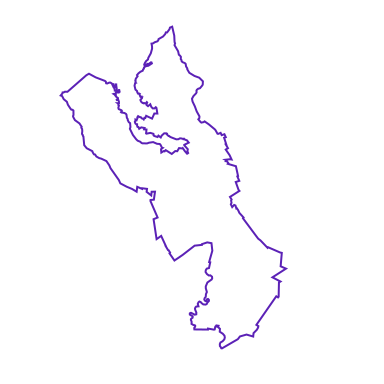 the district of Borosneu Mare, Covasna, Romania, rotated 148°
{"feature_id": "2599482B5225346003684", "entity_name": "Borosneu Mare", "entity_type": "district", "adm_level": 2, "iso_a3": "ROU", "parent_name": "Romania", "parent_adm1": "Covasna", "projection": "orthographic", "projection_center": [26.017, 45.82], "detail": "fine", "context": "isolated", "style": "outline", "palette": "violet", "viewbox_px": 384, "rotation_deg": 148, "n_neighbors": 0, "source": "geoboundaries", "source_scale": "gbopen_adm2", "svg_char_len": 6078}
<svg xmlns="http://www.w3.org/2000/svg" viewBox="0 0 384 384"><g transform="rotate(148 192 192)"><path d="M262.8,74.2L251.4,66.9L250.8,67.7L246.3,63.6L245.6,63.4L243.8,65.3L243.2,65.6L242.6,65.0L241.9,65.8L240.4,64.5L241.5,63.6L240.8,61.2L242.5,58.8L241.0,55.5L240.6,52.9L241.3,51.2L242.7,49.9L245.2,49.2L247.6,49.3L249.0,48.3L250.0,46.5L249.8,45.2L250.0,44.0L249.5,43.5L231.1,42.9L227.9,44.1L221.3,42.2L216.7,37.0L214.6,39.7L210.0,40.8L207.8,42.0L206.8,43.1L207.8,45.2L175.8,58.9L174.9,57.0L174.0,57.3L166.2,69.2L164.4,69.2L169.0,77.0L152.9,77.2L156.2,82.0L148.1,92.8L149.4,94.1L156.8,104.9L157.5,104.6L159.6,114.7L160.6,117.3L160.9,120.6L162.7,142.7L161.8,143.0L162.9,149.2L162.5,152.1L162.6,154.6L163.1,154.6L162.3,157.5L163.1,158.7L165.9,157.9L165.6,161.0L164.2,161.9L163.4,164.0L162.4,164.6L162.4,167.7L151.2,167.8L151.4,169.1L149.6,177.3L146.0,176.4L145.3,181.2L144.5,181.1L141.1,190.6L146.7,196.9L145.9,197.2L146.1,199.6L146.9,200.2L146.1,200.6L146.7,201.7L142.5,199.7L141.2,198.6L140.6,203.3L140.9,210.1L138.3,210.1L138.2,213.8L137.9,213.5L136.0,221.0L134.3,220.6L133.9,223.8L136.7,224.5L136.4,227.0L138.9,227.4L139.5,227.9L139.3,232.1L139.5,233.2L141.9,240.5L143.9,245.2L145.1,245.1L147.3,245.9L147.7,247.1L148.1,250.3L146.6,250.8L145.6,252.2L145.3,257.9L144.2,263.1L143.6,268.4L142.6,271.1L139.9,272.6L136.3,273.5L135.3,274.1L134.5,275.6L133.7,276.1L132.1,276.3L130.2,275.8L126.6,277.0L125.9,277.5L124.1,280.1L125.3,285.1L128.4,289.1L131.1,294.5L131.0,298.5L130.5,299.3L130.5,301.6L129.5,304.0L129.8,305.2L131.2,307.1L131.5,308.3L131.0,309.5L131.1,310.7L129.8,312.5L129.9,314.0L130.4,315.4L129.2,318.7L129.0,325.8L127.5,327.1L127.5,327.9L127.0,329.0L124.2,334.0L121.2,342.7L123.6,343.1L124.8,342.0L128.6,340.5L129.6,341.2L131.1,340.1L134.2,339.2L139.3,339.4L140.3,338.5L141.4,338.1L144.5,338.8L146.0,338.6L147.7,339.3L148.7,336.7L149.9,334.7L153.5,331.4L158.0,328.9L159.1,327.7L161.4,327.4L163.4,326.5L165.0,325.4L165.2,324.5L164.1,324.7L162.9,323.9L162.0,324.4L161.6,324.0L162.0,323.3L159.5,323.7L158.7,323.3L158.2,323.7L157.7,323.4L157.9,322.3L162.1,322.2L164.1,323.0L165.8,323.2L166.9,322.9L167.4,322.1L168.5,321.9L169.5,321.0L172.0,321.3L174.6,321.0L176.7,320.3L176.8,319.0L179.6,317.9L181.1,316.4L181.0,316.0L182.0,314.6L181.9,314.3L182.6,314.4L184.4,312.6L185.7,308.8L185.1,306.8L185.6,305.4L185.6,304.0L184.8,303.7L184.4,303.0L184.8,302.9L185.2,300.3L184.9,300.1L185.2,300.0L184.8,299.0L184.1,298.7L184.7,298.1L187.0,297.4L187.3,295.6L186.8,293.8L186.0,292.8L185.5,292.9L184.5,291.6L182.7,292.2L182.6,291.6L183.8,290.8L184.4,289.8L183.8,288.1L180.9,288.5L181.4,285.9L181.0,283.7L179.5,282.8L177.8,283.1L177.6,282.1L179.8,276.9L182.4,278.5L187.0,275.4L190.5,280.9L192.4,279.5L193.0,280.1L194.5,279.1L194.7,280.0L195.6,281.1L195.8,282.6L196.7,283.3L197.5,284.9L198.8,284.3L198.9,283.7L201.0,282.2L201.6,283.4L202.4,282.3L203.3,281.8L203.7,280.1L203.3,278.8L202.7,278.5L203.5,277.1L203.7,276.1L203.0,275.5L203.3,273.6L200.8,273.7L198.3,271.4L199.4,270.5L197.5,269.1L199.9,266.0L199.7,265.6L196.0,264.2L193.9,261.8L193.9,261.4L194.6,260.4L194.3,259.5L192.1,256.9L190.6,257.6L189.6,254.8L187.8,255.9L184.5,256.5L182.5,255.2L182.3,254.7L182.8,254.3L182.2,251.9L181.6,251.4L181.5,250.7L180.7,249.4L177.4,245.0L175.7,244.0L173.8,243.9L172.8,243.2L171.5,241.8L170.9,241.6L171.1,241.2L170.4,240.9L170.2,240.1L168.9,238.5L168.6,235.6L173.6,236.1L173.8,235.7L172.9,230.5L174.3,229.0L174.6,227.1L175.6,227.0L175.9,227.1L176.4,230.4L176.6,234.2L177.2,234.1L179.7,236.1L182.9,234.4L184.5,235.6L189.0,235.0L192.1,241.4L193.5,241.0L193.6,241.5L194.2,241.7L197.1,241.7L195.6,244.7L193.5,244.9L194.0,245.5L193.7,248.5L193.9,249.8L196.1,251.4L198.5,254.9L202.4,256.6L204.3,257.0L208.2,259.5L208.8,260.3L209.3,262.1L210.9,264.3L211.4,266.3L211.9,271.7L211.2,278.5L209.8,279.7L208.0,283.2L208.6,284.7L208.4,287.0L207.9,287.8L207.9,289.5L206.6,292.3L206.6,293.2L207.4,294.8L209.7,296.8L209.9,297.3L208.5,297.9L208.5,298.7L210.2,301.1L209.9,302.4L208.2,304.0L208.4,304.7L207.7,305.9L208.0,306.7L206.9,306.0L206.1,307.3L205.7,309.2L207.0,309.8L207.0,310.1L205.3,310.4L205.0,310.9L205.8,312.9L206.0,315.6L206.5,316.7L206.1,316.6L205.0,315.0L204.3,316.3L203.7,316.7L201.3,315.1L200.3,315.3L199.4,317.8L200.3,316.7L201.2,316.5L203.7,318.9L203.4,319.2L202.2,318.3L201.6,318.4L199.5,323.1L198.7,324.1L202.9,321.0L201.1,325.8L202.8,324.1L202.5,326.5L203.2,328.0L204.1,328.6L206.5,329.0L207.2,329.7L206.6,331.3L207.0,332.4L212.9,340.2L216.7,346.9L219.7,347.0L244.5,343.0L246.6,344.4L247.7,344.4L249.0,345.0L249.6,344.3L252.2,343.4L251.3,342.2L251.6,338.7L250.3,334.8L251.0,331.8L250.9,327.2L250.7,325.8L249.7,325.0L249.4,323.9L251.7,320.1L252.7,319.4L253.0,318.3L253.2,315.0L251.1,309.8L251.0,305.8L251.8,305.2L251.8,303.7L252.7,301.9L254.4,299.7L254.6,298.9L254.4,298.4L254.8,297.1L254.7,296.6L258.6,288.8L258.1,284.9L254.9,279.5L255.2,278.1L255.2,275.9L254.3,275.1L254.3,272.8L252.8,270.0L251.3,268.4L248.2,263.6L248.0,258.4L248.5,255.4L247.7,240.9L248.2,237.3L244.6,231.1L241.2,226.3L238.8,221.6L235.7,225.4L232.7,221.1L232.3,221.6L228.5,218.5L230.4,216.2L228.4,210.7L226.1,213.6L223.2,211.9L228.4,205.7L231.4,207.2L232.0,206.4L234.7,188.6L239.0,189.3L247.0,170.8L241.4,171.1L242.8,160.2L243.0,160.2L243.1,155.4L242.7,155.0L242.7,152.2L243.6,151.9L243.2,143.2L233.2,143.6L218.2,145.1L211.6,141.9L211.2,142.5L205.8,141.2L202.6,138.3L205.9,131.4L214.6,123.5L213.8,122.7L217.9,118.5L220.1,119.2L221.6,118.5L222.5,117.5L222.9,116.9L222.8,114.4L221.9,112.2L220.6,111.6L219.9,109.6L220.6,108.1L221.7,107.4L226.9,107.1L230.3,104.7L231.3,103.1L232.4,99.3L234.3,98.0L235.9,95.8L237.5,95.3L238.5,94.4L238.7,93.2L238.1,92.0L237.6,91.9L236.0,93.1L235.1,92.8L234.8,91.8L235.3,90.7L237.7,90.0L238.9,89.2L240.1,89.3L242.0,90.7L242.7,92.5L243.0,94.2L243.8,95.2L245.0,95.0L246.4,94.1L247.1,91.6L249.1,92.6L250.3,92.3L251.2,91.6L251.7,90.5L252.2,87.5L253.2,86.0L254.7,86.5L256.7,89.9L257.4,90.3L258.2,90.2L258.8,89.2L257.3,86.2L258.1,85.1L260.0,84.9L260.7,84.2L261.1,82.1L262.3,80.4L261.2,78.3L260.3,77.6L260.1,77.0L260.7,76.1L262.2,75.5L262.8,74.2Z" fill="none" stroke="#5b21b6" stroke-width="2"/></g></svg>